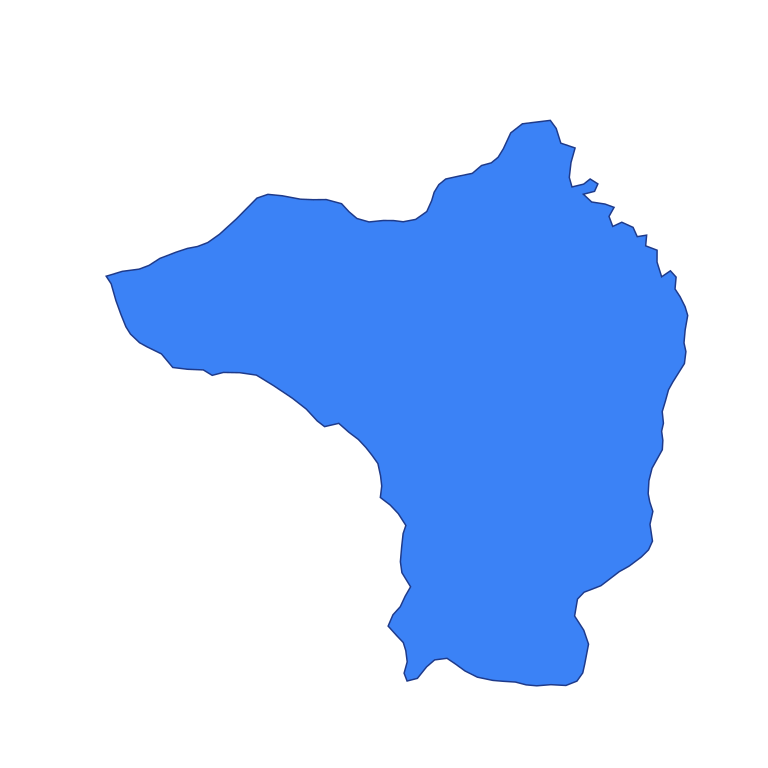 Macatuba, São Paulo, Brazil (orthographic projection), rotated 280°
{"feature_id": "56859067B58537129130586", "entity_name": "Macatuba", "entity_type": "district", "adm_level": 2, "iso_a3": "BRA", "parent_name": "Brazil", "parent_adm1": "São Paulo", "projection": "orthographic", "projection_center": [-48.72, -22.463], "detail": "fine", "context": "isolated", "style": "filled", "palette": "blue", "viewbox_px": 768, "rotation_deg": 280, "n_neighbors": 0, "source": "geoboundaries", "source_scale": "gbopen_adm2", "svg_char_len": 2135}
<svg xmlns="http://www.w3.org/2000/svg" viewBox="0 0 768 768"><g transform="rotate(280 384 384)"><path d="M581.5,602.1L584.6,590.1L578.9,581.9L588.1,576.5L597.9,579.9L599.6,570.4L599.3,556.9L605.5,547.4L610.3,557.9L618.2,559.9L621.7,551.4L615.5,545.9L610.7,534.9L619.6,530.6L634.6,529.7L649.6,531.2L651.9,516.3L665.6,509.2L672.5,502.0L664.3,475.1L653.3,465.2L636.4,460.7L627.1,457.0L620.4,451.2L616.1,442.1L606.8,434.4L602.3,423.0L596.6,409.2L589.9,403.4L581.6,400.1L572.8,399.1L561.3,396.2L551.6,386.6L547.1,374.7L546.6,365.0L544.9,354.9L541.0,341.1L542.3,328.6L547.5,319.7L554.2,310.9L555.6,295.1L553.2,282.2L551.5,269.7L551.7,251.0L550.6,236.7L545.0,226.6L521.0,210.0L502.9,196.0L492.7,185.9L487.0,176.4L483.4,166.9L477.7,156.3L468.8,141.5L460.0,132.0L454.6,122.9L449.5,106.7L441.9,91.7L435.3,97.9L419.6,105.5L406.9,112.8L395.5,119.9L389.1,125.7L382.2,136.1L379.4,144.3L375.0,159.6L363.6,173.1L364.4,188.0L366.5,203.6L362.7,213.3L367.5,223.8L370.1,240.0L370.6,256.8L363.4,275.1L354.1,296.2L345.8,311.8L336.0,324.7L331.7,332.9L337.4,346.3L330.3,357.9L325.0,368.3L318.4,377.1L311.7,384.6L304.6,391.8L293.1,396.5L283.1,399.5L271.6,400.1L265.9,411.1L258.8,420.6L248.5,430.1L240.0,428.8L226.4,429.7L211.8,431.0L201.3,434.4L188.9,445.4L178.7,441.7L167.5,438.7L158.3,432.9L146.3,430.1L138.4,440.2L132.7,447.9L125.1,451.8L114.4,455.1L102.7,454.0L95.5,458.3L99.9,468.0L112.9,475.1L121.1,481.8L124.8,493.7L120.6,503.1L115.5,513.5L111.5,526.8L111.0,542.6L111.9,552.7L113.3,565.2L112.4,576.2L113.3,586.8L116.9,600.6L118.7,615.5L124.9,625.6L134.0,629.9L142.9,630.3L163.3,630.6L176.2,623.5L188.6,612.0L205.8,611.9L213.7,617.2L223.0,632.6L231.8,640.7L240.1,648.3L247.3,657.1L258.4,667.5L266.6,673.3L275.9,675.7L292.0,670.3L305.2,670.9L314.0,666.2L321.9,663.2L334.8,661.7L347.6,662.6L367.6,669.5L376.9,668.4L385.7,665.6L393.9,666.0L405.1,662.8L416.1,664.1L427.7,665.2L435.9,668.0L456.3,676.3L468.3,675.7L476.6,672.3L489.5,671.2L504.2,671.2L512.4,667.1L521.4,660.4L528.1,654.1L540.0,653.1L545.2,646.4L537.8,638.8L551.5,631.7L563.2,629.7L565.5,617.7L576.2,616.8L573.1,607.8L581.5,602.1Z" fill="#3b82f6" stroke="#1e3a8a" stroke-width="1.5"/></g></svg>